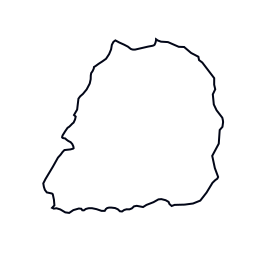 outline of Uruguay, rotated 257°
{"feature_id": "URY", "entity_name": "Uruguay", "entity_type": "country or territory", "adm_level": 0, "iso_a3": "URY", "parent_name": "South America", "parent_adm1": "", "projection": "mercator", "projection_center": [-56.018, -32.517], "detail": "fine", "context": "isolated", "style": "outline", "palette": "ink", "viewbox_px": 256, "rotation_deg": 257, "n_neighbors": 0, "source": "natural_earth", "source_scale": "50m", "svg_char_len": 1757}
<svg xmlns="http://www.w3.org/2000/svg" viewBox="0 0 256 256"><g transform="rotate(257 128 128)"><path d="M208.1,175.3L206.5,176.8L204.7,179.6L202.7,186.3L195.7,195.7L194.3,200.9L186.9,206.4L181.6,212.6L178.2,212.5L175.1,215.1L157.2,223.2L150.8,221.7L146.1,221.7L141.7,218.2L131.6,216.9L125.3,218.3L116.8,222.2L114.3,222.2L112.4,222.0L107.9,220.3L105.4,216.9L92.3,212.9L81.9,203.8L69.5,203.6L60.0,204.8L58.5,203.6L57.6,201.3L55.6,198.0L47.4,190.0L41.0,182.1L39.8,174.4L40.6,166.0L42.6,156.1L42.2,153.0L44.6,151.3L46.9,150.9L49.2,148.4L51.2,144.5L51.6,141.6L50.0,136.2L48.9,128.7L47.6,124.9L50.2,119.0L50.3,116.2L48.8,113.7L48.4,111.1L49.1,108.4L49.0,105.9L48.0,103.4L48.7,101.4L51.1,99.8L52.9,97.4L54.1,94.1L54.7,91.6L54.7,89.8L54.0,88.2L52.5,86.7L53.2,83.6L56.0,79.1L57.9,75.0L58.7,71.5L58.6,68.7L57.7,66.5L58.1,65.0L59.8,64.3L60.6,62.0L60.3,56.3L58.5,51.6L59.9,47.9L63.9,43.7L65.9,40.2L66.1,37.6L67.3,36.1L69.2,38.9L74.8,39.7L80.4,39.8L81.3,39.1L83.5,34.4L86.4,33.1L89.6,32.8L93.1,33.0L96.8,36.1L107.2,46.1L114.9,53.1L117.2,56.4L119.3,58.8L120.8,61.1L120.1,67.1L120.2,69.8L120.6,70.5L122.3,70.6L124.9,70.1L127.1,68.9L128.8,66.9L130.5,65.4L131.9,64.5L132.4,63.3L133.1,62.0L133.9,61.7L135.5,62.6L139.0,66.1L141.8,69.2L142.5,71.1L143.6,72.9L144.7,74.6L145.5,76.2L148.2,78.3L150.9,79.6L152.8,78.3L157.4,82.6L167.7,86.3L169.6,88.5L171.3,91.7L174.9,96.4L179.9,100.7L183.9,102.6L187.7,103.6L189.8,104.5L191.3,106.2L193.6,108.0L195.1,108.6L195.6,110.2L197.1,113.7L198.7,118.1L200.4,122.2L204.2,126.2L208.4,129.2L212.7,131.0L215.2,133.2L216.2,135.4L213.3,138.7L210.1,142.9L207.3,146.2L204.4,148.5L203.4,150.1L202.8,152.6L202.8,165.7L202.6,170.6L202.8,171.9L203.2,172.7L205.0,174.0L207.2,175.1L208.1,175.3Z" fill="none" stroke="#020617" stroke-width="2"/></g></svg>